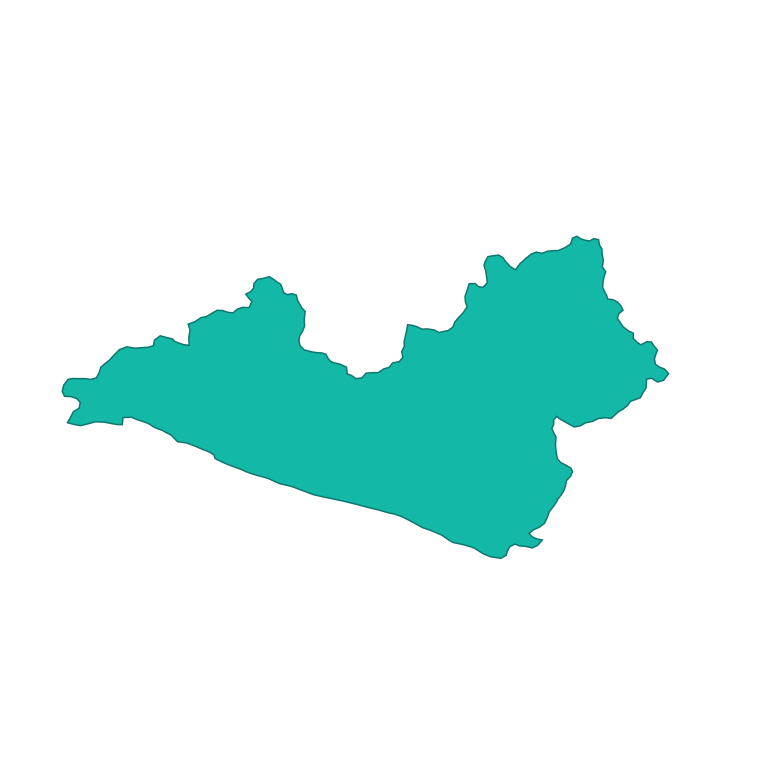 the district of Além Paraíba, Minas Gerais, Brazil, rotated 46°
{"feature_id": "56859067B92322164563840", "entity_name": "Além Paraíba", "entity_type": "district", "adm_level": 2, "iso_a3": "BRA", "parent_name": "Brazil", "parent_adm1": "Minas Gerais", "projection": "natural_earth1", "projection_center": [-42.758, -21.827], "detail": "fine", "context": "isolated", "style": "filled", "palette": "teal", "viewbox_px": 768, "rotation_deg": 46, "n_neighbors": 0, "source": "geoboundaries", "source_scale": "gbopen_adm2", "svg_char_len": 4022}
<svg xmlns="http://www.w3.org/2000/svg" viewBox="0 0 768 768"><g transform="rotate(46 384 384)"><path d="M572.5,185.9L575.6,180.1L574.2,172.1L568.2,171.8L562.8,174.3L558.3,175.0L553.8,172.0L551.6,168.0L549.5,163.7L544.8,163.4L539.6,162.5L536.1,165.6L534.2,172.1L529.2,173.0L524.2,173.0L520.8,169.3L515.6,171.3L508.9,172.3L503.4,171.3L498.8,170.5L496.5,166.1L497.0,160.9L492.2,159.2L486.8,159.2L482.3,160.8L478.3,164.1L474.8,162.2L470.9,161.2L466.5,159.7L463.2,156.1L459.9,151.6L457.3,146.5L451.6,145.7L447.3,140.2L442.1,136.8L438.0,133.3L434.0,132.6L429.2,129.4L425.1,132.2L423.9,136.9L419.7,139.8L416.2,141.6L411.8,142.7L410.0,147.1L412.9,152.6L411.7,158.9L409.1,165.8L405.0,170.5L402.3,173.8L399.6,179.7L394.9,182.8L392.8,188.0L392.2,194.4L391.9,202.3L393.2,210.2L386.6,211.7L380.4,211.4L375.4,210.7L370.9,212.0L367.5,216.4L364.6,220.8L366.1,225.9L368.2,229.7L372.7,231.9L377.1,235.0L382.9,239.3L383.3,245.7L379.5,248.4L375.0,248.7L371.0,253.1L374.6,259.5L377.3,264.9L381.8,268.6L386.2,270.5L387.8,277.7L388.0,284.6L388.6,289.8L390.9,294.9L390.1,300.9L387.6,304.5L385.4,308.6L380.1,310.3L374.6,314.4L370.9,318.6L365.9,320.4L361.3,323.0L357.8,325.9L360.9,330.0L364.2,335.1L367.6,340.2L370.9,343.0L373.0,348.7L377.9,352.1L378.5,357.5L374.8,363.2L375.6,368.8L373.0,373.5L371.8,380.2L368.1,384.2L363.8,389.3L364.2,395.7L360.5,400.6L355.4,401.4L351.3,403.4L345.8,399.3L338.9,402.0L334.2,405.1L330.5,406.8L326.5,406.4L322.2,405.1L318.4,407.2L314.6,410.7L310.4,413.9L304.0,417.7L297.9,417.7L293.7,415.1L290.7,411.0L289.7,406.3L287.0,400.6L282.9,397.4L280.2,394.2L277.1,390.3L272.1,390.3L267.8,389.1L263.6,388.0L259.1,385.3L255.0,387.5L252.6,391.5L248.5,392.7L244.6,390.8L240.4,389.0L235.8,390.2L231.6,390.8L227.1,392.0L224.5,396.9L220.9,402.3L221.4,407.8L224.5,411.2L224.9,415.7L223.4,421.0L228.2,421.6L232.9,421.8L235.3,428.0L230.7,432.4L228.3,437.3L227.9,443.2L223.7,446.7L218.8,449.2L215.0,452.9L213.4,459.4L212.1,465.2L209.2,469.3L207.8,476.7L204.9,483.3L210.5,486.1L215.2,492.4L220.8,497.2L216.9,500.6L212.7,502.8L208.6,504.8L204.3,505.1L199.7,508.0L193.9,511.5L193.0,518.6L196.2,523.3L193.7,528.2L189.3,533.4L185.0,538.5L178.6,543.2L175.5,550.4L175.7,558.8L176.1,564.9L175.5,571.1L175.2,576.2L177.6,580.2L179.8,586.6L176.8,592.0L172.0,595.7L167.4,600.6L164.0,603.9L161.2,608.0L162.3,615.1L165.8,620.6L171.0,622.3L175.7,617.9L181.3,615.1L186.3,615.4L189.6,620.1L188.1,626.7L190.4,633.0L191.9,638.6L197.6,635.2L203.2,631.2L206.0,626.4L210.7,617.9L216.9,611.9L224.1,606.8L228.1,603.9L231.4,600.4L226.8,595.0L232.8,588.6L238.0,586.4L241.7,584.4L247.7,581.4L251.6,580.2L255.4,579.4L259.3,577.7L263.6,575.6L267.4,574.5L273.1,572.6L277.7,572.6L282.1,572.6L289.3,566.9L296.8,563.4L304.7,560.0L311.7,556.9L316.6,555.6L320.4,557.3L326.5,555.1L330.3,553.6L336.3,550.9L347.5,545.5L351.2,544.2L358.6,540.5L364.9,536.8L368.5,534.6L372.7,532.4L377.6,530.6L383.3,528.2L393.6,521.6L414.5,511.7L424.7,505.0L430.3,501.1L440.2,494.5L452.2,486.9L457.0,484.1L465.0,479.2L470.0,475.9L473.8,473.7L479.7,470.3L484.9,466.8L490.9,463.7L499.8,460.5L505.2,458.8L508.9,457.7L514.7,455.8L520.1,452.9L526.9,449.9L533.0,447.4L541.8,445.7L546.2,444.3L553.5,439.3L560.9,434.9L565.2,432.9L571.0,431.6L576.0,430.2L582.0,427.5L586.0,424.5L590.6,421.0L592.1,415.1L589.8,411.3L588.4,406.5L590.2,400.9L594.6,399.0L599.1,394.9L604.8,391.3L606.8,385.8L606.2,378.5L600.7,382.2L596.3,383.6L592.3,383.4L592.7,377.7L595.0,371.5L595.7,365.4L593.6,359.7L590.7,353.8L589.9,348.1L589.0,343.2L587.6,338.6L586.8,333.3L585.7,328.9L583.4,324.3L580.2,319.8L579.9,313.6L577.8,309.0L574.1,308.0L568.3,309.7L563.2,311.4L558.2,311.2L554.7,308.9L551.0,306.3L546.8,302.8L541.6,297.1L536.1,295.5L532.5,294.0L530.8,289.8L527.8,287.1L527.2,282.4L531.9,281.7L535.8,280.4L540.8,279.0L547.0,277.0L550.5,271.8L552.0,265.9L555.8,260.0L557.6,254.0L562.0,248.2L566.6,244.4L566.7,239.0L566.9,234.1L568.1,229.7L568.6,223.5L567.7,218.8L569.8,214.1L571.9,209.0L570.2,203.8L568.8,198.2L565.9,194.9L562.8,191.6L565.9,187.5L572.5,185.9Z" fill="#14b8a6" stroke="#0f766e" stroke-width="1.5"/></g></svg>